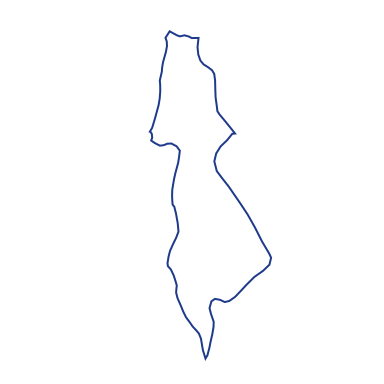 Doutsita, Gabon, rotated 32°
{"feature_id": "22940354B92057182831829", "entity_name": "Doutsita", "entity_type": "district", "adm_level": 2, "iso_a3": "GAB", "parent_name": "Gabon", "parent_adm1": "", "projection": "equal_earth", "projection_center": [11.621, -2.919], "detail": "fine", "context": "isolated", "style": "outline", "palette": "blue", "viewbox_px": 384, "rotation_deg": 32, "n_neighbors": 0, "source": "geoboundaries", "source_scale": "gbopen_adm2", "svg_char_len": 1598}
<svg xmlns="http://www.w3.org/2000/svg" viewBox="0 0 384 384"><g transform="rotate(32 192 192)"><path d="M291.7,326.1L291.6,322.3L289.2,314.6L287.2,309.4L284.7,302.2L281.9,295.3L279.2,290.6L272.7,285.3L268.4,281.2L266.4,274.4L268.1,270.5L272.8,268.6L278.0,268.0L281.3,264.8L284.1,258.2L286.0,249.0L287.3,242.1L289.9,231.0L294.1,221.0L296.2,212.6L293.9,205.8L289.9,203.2L277.7,196.9L264.5,188.9L251.3,181.7L238.8,176.0L220.4,168.0L210.7,164.5L201.9,161.1L194.7,154.2L192.1,146.5L192.1,138.2L194.3,129.6L195.3,121.3L197.5,119.6L192.5,117.8L187.0,115.9L179.3,113.3L174.3,111.7L170.7,110.0L167.4,105.9L161.9,99.3L156.9,91.9L152.5,85.2L148.3,80.1L144.4,78.1L139.9,77.7L134.0,77.6L129.5,76.1L124.5,72.1L119.9,66.2L117.4,61.0L115.9,57.9L110.2,61.6L107.0,61.8L102.6,63.1L99.3,66.4L96.2,67.1L87.9,67.6L87.8,75.3L90.8,77.7L93.4,81.4L95.6,86.9L98.7,97.4L101.0,102.9L102.6,105.8L104.3,110.7L105.6,114.5L108.1,117.8L111.7,123.4L115.1,129.9L117.7,136.2L119.8,143.2L121.6,149.1L124.2,158.7L124.3,163.2L125.1,163.1L127.1,164.0L129.5,167.1L130.1,170.0L134.7,170.2L140.2,169.7L143.1,167.4L145.6,164.0L148.9,161.8L154.7,161.4L159.8,163.4L162.4,169.0L164.8,174.6L167.9,184.8L169.9,190.5L174.0,200.4L176.7,205.1L180.2,210.3L182.4,213.1L184.7,213.8L189.7,218.6L196.4,226.0L201.5,232.7L202.8,239.1L203.5,245.9L204.6,253.7L206.3,259.0L208.9,265.3L210.9,267.7L215.1,268.9L220.5,272.3L225.0,276.1L228.6,279.3L230.5,283.2L231.9,285.8L236.0,289.7L243.0,294.5L248.0,298.1L253.3,301.4L259.4,303.8L263.8,305.7L269.3,307.2L272.9,308.4L277.3,311.6L284.9,320.2L291.7,326.1Z" fill="none" stroke="#1e3a8a" stroke-width="2"/></g></svg>